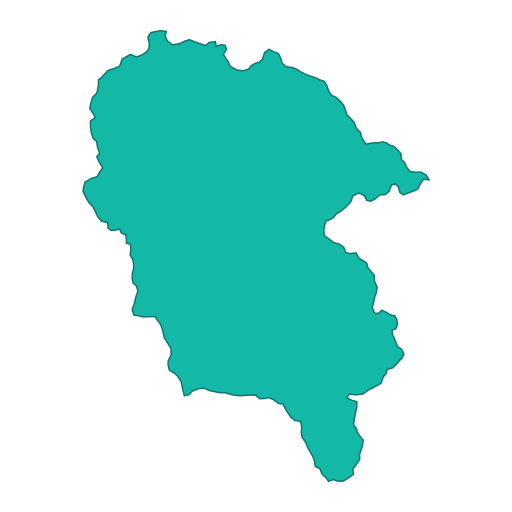 Antônio Carlos, Minas Gerais, Brazil (orthographic projection)
{"feature_id": "56859067B18820589356452", "entity_name": "Antônio Carlos", "entity_type": "district", "adm_level": 2, "iso_a3": "BRA", "parent_name": "Brazil", "parent_adm1": "Minas Gerais", "projection": "orthographic", "projection_center": [-43.752, -21.428], "detail": "fine", "context": "isolated", "style": "filled", "palette": "teal", "viewbox_px": 512, "rotation_deg": 0, "n_neighbors": 0, "source": "geoboundaries", "source_scale": "gbopen_adm2", "svg_char_len": 3681}
<svg xmlns="http://www.w3.org/2000/svg" viewBox="0 0 512 512"><path d="M429.0,179.8L425.9,174.8L420.8,172.1L416.1,172.2L410.4,171.7L406.9,167.7L404.4,162.3L401.1,159.2L401.1,154.2L398.0,150.2L393.6,146.2L389.6,145.1L386.5,142.9L382.6,141.9L378.2,142.8L373.8,142.8L370.0,143.3L366.3,144.2L363.3,140.4L361.3,136.5L360.5,132.3L356.4,128.5L354.2,122.5L350.7,118.6L347.0,114.9L345.3,109.5L343.6,105.2L340.6,101.6L336.1,97.4L331.7,95.4L328.6,90.9L326.8,85.5L324.2,81.3L319.9,79.9L315.6,77.9L311.1,76.4L306.1,74.6L302.6,72.8L299.0,70.8L295.5,68.6L291.4,67.4L286.3,66.8L282.2,63.4L280.5,57.8L278.4,53.6L274.2,52.0L269.0,49.3L264.5,52.7L262.5,59.2L259.4,62.2L255.1,63.4L251.2,65.8L248.4,69.2L243.2,70.8L237.1,70.1L233.5,68.1L230.0,66.1L228.2,61.9L225.7,58.2L223.4,54.2L226.5,49.3L225.0,45.3L220.9,44.6L216.1,46.6L215.4,41.7L209.4,42.4L205.4,45.5L199.4,43.5L194.0,41.5L189.4,39.7L184.8,41.1L179.2,43.8L172.5,44.8L167.3,40.8L165.2,36.6L166.2,31.4L160.8,30.7L156.2,31.4L151.0,32.6L147.9,37.0L149.3,43.5L148.9,48.7L146.1,52.3L141.3,55.2L136.5,57.0L130.4,54.4L126.7,56.5L122.1,59.2L119.6,66.3L113.5,68.7L107.8,70.6L104.4,74.4L101.7,77.3L98.5,79.8L98.4,84.3L97.9,88.5L96.7,93.4L92.9,96.8L91.1,102.1L89.8,108.4L93.2,113.6L95.2,117.6L90.4,121.0L90.5,127.2L91.5,133.5L93.4,138.8L96.5,141.1L97.6,147.5L99.6,153.2L96.8,156.7L99.1,161.9L102.8,167.7L99.1,172.8L97.1,176.8L91.4,178.4L84.9,182.2L83.8,186.7L83.0,191.2L85.5,196.6L89.0,202.6L92.8,206.6L95.3,211.5L97.6,216.5L101.4,221.2L107.8,222.7L108.0,228.1L111.2,230.5L115.6,230.1L119.6,228.9L121.2,232.9L125.7,234.8L126.4,239.0L126.4,243.3L130.3,243.9L130.9,249.8L130.1,255.1L132.6,258.9L133.6,263.4L133.7,268.6L132.2,273.9L132.3,279.1L133.1,283.1L136.2,285.6L138.0,291.0L136.0,296.5L134.5,302.8L132.2,309.7L133.9,315.1L138.4,315.7L142.8,316.9L148.7,316.7L154.9,316.6L158.2,321.3L160.6,324.4L162.5,329.8L164.3,337.7L168.2,343.9L171.0,348.6L171.1,354.8L168.2,360.9L168.1,365.2L169.4,370.3L173.9,372.8L177.4,375.9L181.2,381.7L182.8,389.5L184.3,395.6L188.7,394.8L192.6,390.9L198.7,388.6L204.3,388.2L209.3,390.5L214.0,391.5L219.3,392.6L225.3,392.8L232.2,394.8L238.0,395.6L243.4,395.5L249.6,395.1L255.5,395.1L259.7,398.7L264.0,398.5L268.4,397.6L273.0,399.3L278.6,403.4L283.2,404.2L285.2,408.5L287.7,412.6L291.1,417.5L294.8,420.4L300.6,421.5L301.7,426.9L301.3,432.3L302.1,437.2L305.7,442.5L307.9,447.9L310.4,452.1L312.9,456.8L314.6,461.3L315.2,466.3L320.0,468.9L322.0,474.0L326.2,477.9L328.5,481.3L333.3,479.5L338.1,481.2L343.5,481.0L349.3,477.4L353.5,474.1L352.8,468.9L356.8,463.8L359.7,459.1L359.5,454.6L361.2,449.7L362.4,445.6L363.2,440.2L359.7,435.8L357.4,432.3L356.2,428.5L353.5,424.4L354.5,418.2L355.5,412.4L356.8,407.5L356.8,401.6L352.3,400.5L346.8,397.8L349.3,394.0L355.5,394.9L362.8,394.0L368.4,390.0L372.6,388.0L376.1,386.0L381.2,383.1L383.3,376.8L386.2,373.5L387.2,369.4L392.8,367.8L398.0,362.3L402.2,357.7L403.9,354.0L401.6,349.3L397.6,346.6L395.8,342.3L394.3,338.3L392.4,334.3L392.0,330.1L395.8,328.9L397.4,324.7L396.8,319.6L394.7,315.7L390.9,315.1L386.4,312.4L381.8,310.1L378.5,313.4L374.5,313.1L372.3,307.4L373.7,301.9L374.7,297.1L376.4,292.4L377.1,286.9L374.3,280.8L374.2,275.2L370.6,271.0L367.9,267.9L366.7,263.0L363.1,260.7L359.0,258.3L356.1,252.9L350.2,253.6L345.8,252.6L343.6,247.0L339.6,244.3L333.4,242.4L328.7,238.8L324.4,235.6L323.8,230.7L324.4,225.6L326.1,221.0L329.8,219.7L333.4,217.5L336.3,213.9L341.2,210.9L346.1,206.8L350.7,201.9L352.8,195.9L358.9,192.9L364.4,195.6L366.6,200.3L370.6,201.2L374.4,199.4L379.8,194.9L385.4,194.5L389.2,191.2L391.5,184.9L395.6,183.9L398.3,186.9L399.8,192.3L403.3,194.9L408.4,192.9L414.0,190.8L417.7,189.2L419.8,184.7L423.4,179.3L429.0,179.8Z" fill="#14b8a6" stroke="#0f766e" stroke-width="1.5"/></svg>